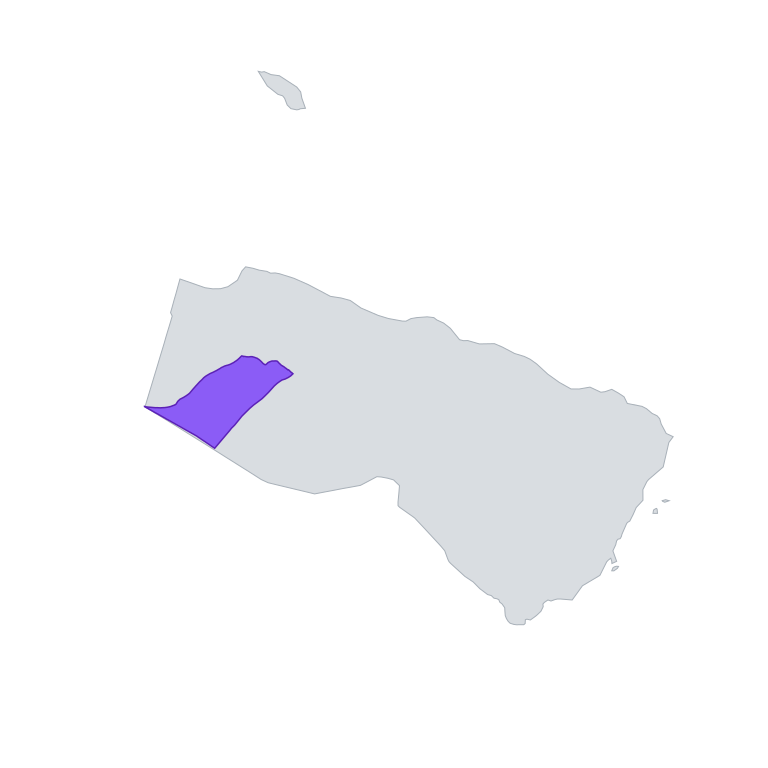 Rumah, Hadramawt, Yemen shown in context, rotated 220°
{"feature_id": "15242507B71600093935687", "entity_name": "Rumah", "entity_type": "district", "adm_level": 2, "iso_a3": "YEM", "parent_name": "Yemen", "parent_adm1": "Hadramawt", "projection": "orthographic", "projection_center": [50.913, 17.827], "detail": "fine", "context": "in_parent", "style": "filled", "palette": "violet", "viewbox_px": 768, "rotation_deg": 220, "n_neighbors": 0, "source": "geoboundaries", "source_scale": "gbopen_adm2", "svg_char_len": 7817}
<svg xmlns="http://www.w3.org/2000/svg" viewBox="0 0 768 768"><g transform="rotate(220 384 384)"><path d="M607.8,333.3L583.0,342.7L576.4,346.8L570.5,351.9L566.1,358.2L563.0,369.3L565.5,379.4L565.3,384.8L558.8,388.4L552.8,391.0L546.1,395.0L542.1,396.0L538.8,399.1L534.9,401.3L520.9,407.1L505.7,411.5L481.4,416.7L472.0,422.4L463.5,426.3L450.5,427.4L432.6,432.8L422.7,437.0L410.4,444.0L407.6,446.2L405.4,451.4L401.6,455.9L394.1,463.2L388.5,466.9L384.8,467.0L377.5,469.0L369.0,469.3L354.6,466.5L350.9,468.3L347.8,471.1L336.7,476.0L325.3,485.9L317.0,488.4L303.6,491.3L294.2,495.3L287.9,496.9L279.9,497.5L264.9,496.8L250.8,497.9L237.6,500.4L231.3,505.6L224.2,514.0L212.6,517.1L209.8,520.1L206.1,526.3L198.7,527.7L191.9,528.5L185.1,525.5L172.0,532.7L167.1,533.8L159.6,533.8L154.3,535.2L150.5,534.6L145.9,531.5L136.0,527.5L128.6,529.5L128.2,522.3L116.8,499.9L119.9,480.9L119.9,478.2L117.8,469.5L110.9,461.4L111.4,451.5L109.3,444.3L107.6,437.0L108.3,435.1L108.5,433.3L105.2,422.0L104.1,419.6L103.7,417.3L105.0,415.5L105.0,413.4L103.2,409.9L101.4,403.3L91.8,397.7L94.0,393.0L95.8,394.8L98.3,396.3L99.0,393.2L99.1,390.9L95.6,376.2L102.3,357.0L101.0,339.5L110.5,332.8L112.9,330.8L114.3,329.0L116.6,325.1L119.6,323.9L120.8,319.7L120.8,317.6L118.9,315.7L117.7,310.8L118.4,304.6L119.0,302.0L120.2,297.3L123.4,295.7L124.2,294.3L121.9,291.2L122.2,289.5L127.8,284.7L130.0,283.3L133.6,281.8L136.3,282.0L139.4,283.0L142.2,284.5L144.9,287.2L147.7,290.2L152.1,291.4L155.1,291.3L157.5,292.6L159.6,292.0L162.1,290.6L165.8,290.9L169.3,289.3L179.0,288.8L188.4,289.7L198.2,288.6L208.0,289.0L217.8,289.4L220.0,289.7L222.1,290.6L230.3,295.3L236.6,296.4L249.2,298.0L262.7,299.7L274.5,301.1L284.4,300.3L292.7,299.6L295.0,299.8L297.4,302.6L302.2,309.6L306.8,316.1L315.0,316.7L320.4,314.3L326.3,311.0L329.9,308.4L334.1,298.0L336.9,291.2L343.1,283.7L348.4,277.4L355.2,269.0L359.0,264.4L366.5,255.2L373.6,251.7L387.2,244.9L400.6,238.2L409.3,233.9L416.6,231.9L429.0,230.3L443.5,228.3L458.0,226.3L473.4,224.2L490.6,221.8L502.4,220.1L517.4,218.0L529.9,216.2L541.0,214.5L552.4,212.9L554.6,218.0L556.8,223.1L559.0,228.2L561.2,233.4L563.4,238.5L565.6,243.6L567.8,248.8L570.0,253.9L572.2,259.0L574.4,264.1L576.6,269.3L578.8,274.4L581.1,279.5L583.3,284.6L585.5,289.8L587.7,294.9L589.9,299.9L593.4,301.5L595.5,306.3L598.6,313.0L601.6,319.8L604.7,326.5L607.8,333.3ZM643.8,539.0L646.9,539.6L651.5,537.7L665.0,537.3L681.3,542.7L678.3,544.2L676.5,546.3L669.4,548.4L662.3,552.9L641.7,555.4L635.6,554.2L630.6,550.1L621.4,544.7L625.0,541.1L625.7,539.5L627.1,537.9L632.3,535.1L637.5,535.5L643.8,539.0ZM95.9,462.8L95.2,463.9L94.3,463.6L91.3,460.7L94.8,457.8L96.5,460.7L95.9,462.8ZM88.7,393.9L87.1,395.0L86.7,393.0L87.8,388.6L89.5,387.3L90.5,390.7L89.7,392.5L88.7,393.9ZM93.9,476.4L90.5,477.9L92.9,473.9L95.2,473.2L95.9,473.4L93.9,476.4Z" fill="#d9dde1" stroke="#a8b0b8" stroke-width="1"/><path d="M527.2,251.0L527.3,250.6L527.3,250.4L528.0,247.8L528.2,247.1L528.5,246.3L528.9,245.0L529.9,242.6L530.1,242.2L530.3,241.7L530.4,241.4L530.6,240.8L530.6,240.2L530.7,239.5L530.8,238.9L530.8,238.7L530.8,238.2L530.8,237.9L530.8,237.6L530.7,237.3L530.6,237.1L530.6,236.6L530.6,236.3L530.5,235.9L530.4,235.3L530.4,235.1L530.4,234.8L530.5,234.4L530.6,234.0L530.7,233.7L530.8,233.7L531.0,233.1L531.9,231.6L532.4,230.7L532.8,229.9L534.1,228.1L534.7,227.4L534.8,227.2L536.8,225.0L538.0,223.9L540.1,221.9L542.5,220.1L543.9,218.9L546.9,216.8L549.9,214.7L550.0,214.6L551.7,213.5L551.8,213.5L552.0,213.4L552.7,213.0L553.1,212.9L553.3,212.8L553.3,212.7L553.5,212.7L552.4,212.9L550.9,213.1L549.5,213.4L548.4,213.6L547.1,213.8L545.9,214.1L544.6,214.3L543.1,214.6L541.8,214.8L540.7,215.0L539.2,215.3L538.4,215.5L536.8,215.8L535.5,216.0L534.4,216.2L532.9,216.5L531.7,216.7L530.3,217.0L528.9,217.2L527.7,217.4L526.5,217.7L525.3,217.9L523.9,218.2L522.7,218.4L521.3,218.6L520.1,218.9L518.8,219.1L517.7,219.3L516.2,219.6L514.9,219.8L513.7,220.1L512.6,220.3L510.9,220.6L509.8,220.8L508.5,221.0L507.2,221.3L505.7,221.5L504.8,221.7L503.5,222.0L502.0,222.2L500.8,222.5L499.4,222.7L498.1,223.0L496.9,223.2L495.7,223.4L494.3,223.7L493.0,223.8L491.7,223.9L490.3,224.1L489.0,224.2L487.8,224.3L486.4,224.5L485.1,224.6L483.8,224.8L482.4,224.9L481.5,225.0L479.8,225.2L478.5,225.3L477.3,225.4L476.1,225.5L474.4,225.7L472.8,225.9L472.5,225.9L472.4,225.9L472.3,249.1L472.4,251.9L472.4,252.2L472.1,255.2L472.0,256.7L472.1,263.2L472.2,268.0L472.0,270.2L471.2,278.9L470.8,281.5L470.4,284.0L469.2,289.0L469.1,289.5L468.0,294.3L467.9,295.1L467.6,297.9L467.1,303.4L467.0,306.4L466.8,312.0L466.3,315.5L466.1,316.5L465.3,319.6L464.8,321.1L464.6,321.7L463.0,324.1L461.5,327.5L460.9,329.5L460.7,330.1L460.3,333.3L460.8,333.3L461.3,333.4L461.6,333.4L461.8,333.4L462.1,333.4L462.5,333.3L462.9,333.3L463.3,333.3L463.6,333.4L464.0,333.4L464.4,333.4L464.8,333.4L465.1,333.5L465.5,333.5L466.3,333.5L466.4,333.2L466.5,333.1L466.8,333.0L467.1,333.0L467.3,333.0L467.6,333.0L467.9,333.0L468.1,333.1L468.4,333.1L468.6,333.1L468.9,333.0L469.1,333.0L469.4,333.0L469.7,332.9L469.9,332.9L470.2,332.9L470.5,332.9L471.0,332.9L471.5,332.9L472.0,332.8L472.3,332.8L472.5,332.7L472.8,332.7L473.1,332.6L473.4,332.6L473.6,332.6L473.8,332.5L474.1,332.4L474.3,332.4L474.6,332.4L474.8,332.4L475.1,332.4L475.4,332.4L475.6,332.4L475.9,332.4L476.1,332.5L476.4,332.5L476.7,332.5L476.9,332.5L477.2,332.5L477.5,332.5L478.0,332.6L478.3,332.6L478.5,332.6L478.8,332.7L479.1,332.7L479.4,332.8L479.7,332.8L479.9,332.8L480.2,332.8L480.4,332.8L480.7,332.8L480.9,332.7L481.1,332.5L481.3,332.4L481.6,332.2L481.8,332.1L482.0,331.9L482.2,331.7L482.4,331.5L482.6,331.3L482.8,331.2L483.0,331.0L483.2,330.8L483.4,330.6L483.6,330.4L483.8,330.2L484.0,330.1L484.3,329.9L484.5,329.7L484.8,329.3L485.0,329.0L485.1,328.8L485.3,328.5L485.4,328.3L485.5,328.1L485.7,327.8L485.8,327.5L486.0,327.3L486.1,327.0L486.2,326.8L486.3,326.6L486.4,326.3L486.4,326.1L486.6,325.8L486.6,325.6L486.7,325.3L486.7,325.1L486.7,324.6L486.8,324.2L486.8,323.9L486.8,323.7L487.0,323.2L487.0,322.9L487.2,322.7L487.3,322.5L487.6,322.3L487.8,322.3L488.0,322.2L488.3,322.2L488.5,322.2L488.8,322.1L489.0,322.0L489.3,322.0L489.6,322.0L489.9,322.0L490.1,322.0L490.4,322.1L490.6,322.1L490.9,322.1L491.2,322.1L491.5,322.2L492.0,322.3L492.3,322.3L492.6,322.3L492.8,322.3L493.1,322.3L493.4,322.4L493.6,322.4L493.9,322.4L494.1,322.4L494.4,322.4L494.7,322.4L495.0,322.4L495.3,322.4L495.5,322.4L495.8,322.4L496.0,322.3L496.3,322.3L496.6,322.3L496.9,322.2L497.1,322.2L497.4,322.2L497.7,322.2L497.9,322.1L498.2,322.0L498.4,321.8L498.6,321.8L498.9,321.7L499.2,321.6L499.5,321.5L499.8,321.4L500.0,321.3L500.3,321.2L500.5,321.1L500.9,321.0L501.1,320.9L501.4,320.7L501.6,320.6L501.9,320.5L502.1,320.4L502.4,320.3L502.6,320.1L502.9,319.9L503.1,319.8L503.3,319.6L503.5,319.4L503.9,319.1L504.1,318.9L504.2,318.7L504.4,318.5L504.6,318.3L504.8,318.1L505.0,317.9L505.2,317.7L505.4,317.5L505.6,317.3L505.9,317.2L506.1,317.0L506.3,316.9L506.5,316.7L506.9,316.4L507.2,316.3L507.4,316.2L507.7,316.0L507.9,315.9L508.2,315.7L508.4,315.6L508.7,315.4L508.9,315.2L509.0,315.0L509.2,314.9L509.3,314.9L509.6,314.8L509.6,314.7L509.8,314.7L510.1,314.6L510.3,314.5L510.5,314.3L510.8,314.2L511.1,314.0L511.1,313.9L511.3,312.6L511.3,311.7L511.4,311.4L511.4,310.8L511.6,309.7L511.7,308.6L511.8,308.2L512.0,307.3L512.1,306.9L512.6,305.3L512.7,304.8L513.0,303.7L513.8,301.9L514.3,300.6L515.0,299.3L516.0,297.7L516.5,297.1L517.0,296.3L517.7,295.2L518.6,293.1L519.1,292.2L519.7,290.0L519.8,289.9L520.5,288.0L520.9,286.8L521.0,286.6L521.3,285.9L521.5,285.4L521.8,284.8L522.3,283.5L523.2,281.7L523.9,280.3L524.0,280.0L524.4,278.9L525.0,277.2L525.5,275.7L525.8,274.5L526.0,273.3L526.1,273.1L526.2,271.3L526.2,270.9L526.5,268.1L526.6,267.8L526.7,265.9L526.8,263.1L526.9,261.4L526.9,260.5L526.9,260.4L527.0,257.5L527.0,257.4L527.0,256.4L527.0,252.6L527.0,252.4L527.0,252.0L527.2,251.0Z" fill="#8b5cf6" stroke="#5b21b6" stroke-width="1.5"/></g></svg>